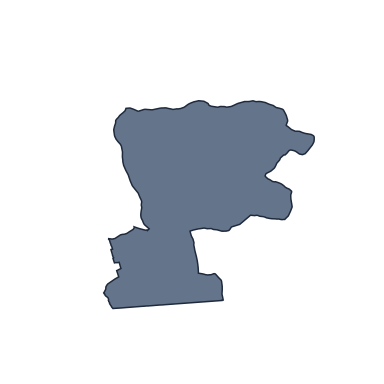 the district of Purmerend, Noord-Holland, Netherlands, rotated 55°
{"feature_id": "6326949B8869090595059", "entity_name": "Purmerend", "entity_type": "district", "adm_level": 2, "iso_a3": "NLD", "parent_name": "Netherlands", "parent_adm1": "Noord-Holland", "projection": "mercator", "projection_center": [4.93, 52.542], "detail": "fine", "context": "isolated", "style": "filled", "palette": "slate", "viewbox_px": 384, "rotation_deg": 55, "n_neighbors": 0, "source": "geoboundaries", "source_scale": "gbopen_adm2", "svg_char_len": 5896}
<svg xmlns="http://www.w3.org/2000/svg" viewBox="0 0 384 384"><g transform="rotate(55 192 192)"><path d="M85.6,198.1L86.2,198.9L87.0,200.1L87.2,201.0L87.5,203.2L87.7,206.1L87.9,207.5L88.1,208.1L88.6,209.4L89.1,212.0L89.4,212.9L89.7,213.5L90.1,213.9L91.0,214.4L91.7,215.1L92.3,215.8L93.4,217.4L95.9,220.2L96.8,220.8L101.3,223.1L102.3,223.4L105.2,223.9L108.8,223.7L111.7,223.3L113.6,223.5L114.0,223.6L119.2,225.9L119.8,226.3L123.3,228.9L126.0,230.3L127.8,231.4L130.7,232.6L131.3,232.8L136.3,233.8L141.3,234.4L147.4,236.2L152.1,237.2L153.2,237.3L156.5,237.1L162.2,236.7L162.4,236.8L166.8,237.8L168.9,238.1L169.8,238.3L170.8,238.6L171.3,239.0L172.1,239.6L172.6,240.2L173.7,241.1L175.8,242.0L176.2,242.3L176.9,243.0L178.6,244.7L180.3,246.2L181.4,247.1L182.6,247.8L183.4,248.2L184.5,248.6L187.0,248.9L189.4,249.5L191.1,249.7L192.3,249.5L197.6,248.2L198.0,250.7L197.7,250.7L197.3,250.6L197.2,250.8L196.7,251.8L196.5,252.1L192.4,255.6L190.1,257.4L187.3,259.4L187.8,259.6L188.2,259.9L188.4,260.4L188.9,261.6L188.6,266.3L188.6,268.6L188.5,269.2L187.9,271.4L186.7,273.5L186.1,275.2L185.9,281.8L185.8,282.0L184.8,284.4L182.4,287.0L182.6,287.2L182.8,287.4L183.2,287.4L183.6,287.2L183.9,287.2L184.0,287.2L184.6,287.4L187.2,288.3L187.7,288.3L188.3,288.4L188.6,288.7L189.3,288.9L190.8,289.1L192.8,289.7L193.3,289.9L193.2,290.2L193.1,290.3L192.9,290.7L193.0,290.7L192.8,291.5L197.6,293.1L198.1,293.4L198.4,293.5L198.6,293.4L199.2,293.7L200.6,294.0L200.9,293.9L201.2,294.3L201.0,294.5L201.0,294.8L205.6,296.2L205.8,295.9L205.8,295.7L206.0,295.2L206.6,294.2L206.9,293.9L207.0,293.9L207.1,293.4L207.5,292.8L207.7,292.2L207.8,292.0L208.1,292.1L208.3,292.2L213.9,294.1L213.2,298.8L216.9,299.9L219.5,300.7L219.1,304.6L219.0,313.6L219.1,314.0L219.5,315.3L220.3,316.9L220.5,317.1L221.7,318.0L222.0,318.3L222.6,319.2L223.0,320.0L223.7,321.4L224.0,322.2L224.5,322.2L224.7,322.3L224.9,321.9L226.8,322.4L227.0,322.4L227.8,322.3L228.8,321.9L230.6,321.5L232.1,321.9L232.7,322.6L233.6,322.8L233.9,323.0L234.4,323.0L235.4,323.0L235.9,323.4L236.3,323.6L237.1,323.5L237.5,323.6L238.5,323.6L239.4,323.6L239.9,323.8L240.9,323.7L242.1,323.6L242.9,322.2L247.1,315.3L248.4,313.0L250.5,309.5L252.8,305.6L256.7,299.0L259.1,295.0L259.1,294.8L260.0,293.6L266.1,283.2L266.6,282.4L267.4,281.2L268.6,279.1L298.1,229.6L297.8,229.4L298.4,228.4L295.7,227.2L292.8,226.0L289.3,223.2L286.5,221.3L282.1,219.0L281.5,218.8L280.8,218.7L277.3,219.3L273.0,219.8L272.3,220.0L272.0,220.2L271.8,220.4L271.4,221.0L270.8,223.5L270.7,223.8L269.7,225.4L269.2,226.4L269.0,226.7L267.5,228.3L266.5,229.1L266.1,229.4L264.5,230.9L262.2,233.3L259.7,231.7L257.4,230.3L255.2,229.1L252.1,227.5L250.6,226.8L247.3,225.4L241.7,223.3L238.7,221.9L237.0,221.2L236.1,220.7L234.8,219.6L234.5,219.4L231.1,218.2L227.9,217.8L226.6,217.4L222.9,216.1L222.9,215.8L223.5,214.2L223.9,212.7L225.5,208.8L225.9,207.8L226.6,206.6L228.1,203.5L228.4,202.9L228.7,202.5L230.8,200.6L232.9,197.3L233.3,197.0L235.0,195.9L237.3,193.2L240.5,190.6L241.3,189.9L243.6,186.5L244.6,184.1L244.6,183.6L244.6,183.4L244.2,182.0L243.9,181.3L243.3,179.9L243.3,179.7L243.4,179.3L245.4,173.0L245.9,171.5L245.9,171.3L244.8,159.4L244.6,157.5L244.6,157.4L245.0,156.9L247.3,154.2L247.9,152.9L248.4,152.1L248.7,151.7L250.6,150.5L251.2,149.9L252.5,148.4L253.0,147.8L254.7,146.4L255.6,146.0L256.0,145.7L257.2,144.5L257.7,144.1L259.4,142.3L260.5,140.9L260.8,140.5L261.5,139.5L262.7,138.2L263.9,136.4L265.7,134.8L266.4,133.9L266.9,132.9L267.4,132.2L267.7,131.8L267.4,130.3L267.3,129.7L267.1,128.6L267.0,127.7L266.9,127.1L266.3,125.9L264.4,122.6L262.4,119.6L261.8,118.7L261.4,118.4L260.1,117.7L254.4,115.0L253.0,114.1L251.3,113.0L250.8,112.5L249.1,110.3L248.7,110.1L248.4,110.0L245.7,110.6L244.5,111.2L243.4,112.0L241.3,112.9L240.0,113.1L237.9,113.7L236.2,114.4L234.0,115.8L231.6,117.6L231.4,117.8L231.1,118.5L230.7,118.9L230.0,119.6L229.5,120.0L226.3,121.3L226.1,121.4L225.1,122.1L224.1,122.4L221.3,123.0L220.9,122.9L220.6,122.7L220.4,122.4L220.0,121.8L219.5,121.0L219.4,120.7L219.6,119.1L219.9,117.1L220.1,115.2L219.8,112.0L219.6,110.7L219.2,109.8L218.6,108.6L217.2,106.3L217.0,105.8L216.2,102.5L216.1,102.0L215.7,101.3L214.9,100.1L214.8,99.7L214.4,96.5L214.3,95.9L214.4,95.5L215.0,94.6L215.0,94.3L214.7,92.1L214.0,89.7L213.8,88.8L213.8,88.3L214.0,87.6L214.2,87.1L214.3,86.9L216.0,85.3L216.6,84.8L217.9,83.9L220.2,83.0L221.8,82.5L222.8,82.0L223.2,81.5L224.6,80.3L224.7,80.1L224.9,79.8L224.9,79.5L225.4,77.7L225.5,77.5L225.3,76.4L224.7,73.8L223.5,69.8L222.5,66.5L221.2,64.0L220.8,63.4L220.6,63.1L219.0,61.7L217.2,60.5L216.8,60.3L216.2,60.2L215.4,60.3L213.5,61.2L213.2,61.4L209.1,65.5L208.3,66.2L206.3,67.7L204.6,68.7L203.7,69.4L202.7,70.8L201.8,72.0L201.4,72.6L200.5,73.1L197.9,74.7L193.9,75.8L192.9,76.1L191.9,76.6L191.6,76.6L191.4,76.6L190.6,75.6L188.8,73.0L188.5,72.8L187.6,72.3L183.4,70.9L182.9,70.8L179.5,70.3L177.4,70.1L176.7,70.2L176.3,70.3L175.8,70.6L173.6,72.3L171.2,74.5L170.7,74.8L167.8,75.8L164.3,78.5L160.8,80.6L158.0,83.2L157.3,83.9L156.5,84.9L155.5,86.4L155.1,87.2L154.7,87.7L154.0,88.4L152.9,89.2L152.4,89.6L152.2,89.9L150.7,93.2L149.5,95.0L148.7,96.1L148.2,96.8L148.0,97.2L147.8,97.8L145.8,103.5L145.4,105.4L145.2,106.8L144.6,110.0L144.4,110.8L144.2,111.3L142.8,114.2L142.4,114.9L142.3,115.1L141.0,116.1L140.6,116.5L139.7,117.7L138.3,119.6L138.1,120.0L137.5,121.9L137.3,122.3L133.2,126.6L132.7,127.1L131.3,128.0L130.9,128.2L130.5,128.3L128.8,128.1L128.4,128.2L124.5,130.2L121.3,133.9L121.0,134.3L120.7,135.1L119.1,139.0L119.0,139.6L118.5,141.5L118.2,143.1L118.1,143.7L118.0,144.8L118.0,146.7L118.1,148.6L118.0,150.3L117.5,151.8L117.3,152.8L117.2,153.1L116.2,155.3L116.0,155.7L115.2,156.7L115.0,157.1L113.8,159.6L113.3,160.4L112.7,160.9L111.9,161.6L109.7,163.7L108.2,165.0L107.9,165.4L105.6,169.0L105.0,170.1L101.8,177.6L97.5,182.8L97.1,183.4L96.8,184.1L95.2,189.3L95.0,189.7L94.8,189.9L94.5,190.1L90.7,192.4L87.9,194.4L87.4,195.0L85.6,198.1Z" fill="#64748b" stroke="#1e293b" stroke-width="1.5"/></g></svg>